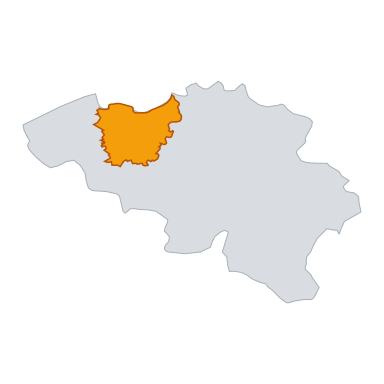 East Flanders on a map of Belgium (Equal Earth projection)
{"feature_id": "BEL-3478", "entity_name": "East Flanders", "entity_type": "Province", "adm_level": 1, "iso_a3": "BEL", "parent_name": "Belgium", "parent_adm1": "", "projection": "equal_earth", "projection_center": [3.869, 51.045], "detail": "fine", "context": "in_parent", "style": "filled", "palette": "amber", "viewbox_px": 384, "rotation_deg": 0, "n_neighbors": 0, "source": "natural_earth", "source_scale": "10m", "svg_char_len": 3729}
<svg xmlns="http://www.w3.org/2000/svg" viewBox="0 0 384 384"><path d="M172.1,92.8L178.9,95.6L185.0,96.2L187.6,95.0L185.9,88.3L190.8,84.7L196.3,83.1L198.7,86.0L203.7,88.9L207.7,88.9L218.3,81.3L220.8,82.8L223.1,85.5L223.6,87.7L224.0,90.0L226.4,91.0L234.8,90.5L239.0,86.3L242.4,83.7L244.9,85.5L246.1,90.6L248.5,97.3L258.6,104.7L267.0,106.9L277.4,105.4L281.5,104.1L284.3,105.2L287.2,109.1L293.2,113.6L305.8,116.9L309.7,118.7L312.4,121.7L311.7,126.1L305.8,136.9L305.1,140.1L305.9,141.2L304.7,143.2L297.0,150.5L296.3,153.1L299.0,157.3L301.2,160.7L305.9,162.4L310.3,163.0L318.7,163.2L327.6,163.4L328.7,165.5L338.8,171.4L341.9,176.1L349.1,180.6L343.3,186.3L344.2,188.9L346.4,191.5L354.5,193.0L358.6,196.8L359.0,202.6L361.0,212.0L344.4,221.4L339.8,231.8L339.4,233.9L338.8,233.6L336.9,230.1L333.9,230.2L326.9,228.7L317.4,238.2L313.1,246.1L310.6,251.9L306.8,256.6L306.1,261.5L306.6,263.6L305.3,266.3L305.2,269.1L310.9,274.7L312.3,277.7L319.2,287.6L317.2,291.2L315.5,295.1L313.6,297.9L311.3,299.6L304.3,299.5L295.4,300.8L289.4,302.7L286.3,302.7L279.8,297.8L272.5,290.4L267.9,286.9L265.8,283.8L260.2,282.5L252.1,278.9L246.5,274.9L241.7,272.5L234.9,271.3L229.3,271.4L227.6,264.7L226.9,257.1L222.3,252.1L228.4,232.2L224.7,230.3L220.7,231.9L214.9,236.6L212.1,242.2L210.5,247.2L200.6,252.0L185.1,253.7L168.0,252.0L165.6,250.7L164.5,249.2L164.5,247.5L165.7,244.8L168.7,241.6L169.4,236.9L166.3,232.9L164.4,231.3L165.1,227.4L167.4,222.6L167.8,219.8L156.3,211.4L148.0,209.8L139.9,209.5L133.7,208.5L130.2,208.9L127.6,211.4L125.0,213.1L123.0,211.0L119.5,196.2L116.7,193.9L106.3,191.5L92.2,190.6L88.4,187.9L86.3,181.2L85.1,173.2L80.4,165.5L78.1,163.6L73.9,160.2L66.5,161.6L57.6,166.0L52.3,167.3L50.3,167.8L43.3,163.4L35.4,156.6L29.1,149.5L27.6,145.5L29.6,140.6L27.3,136.9L24.0,130.2L23.0,124.9L61.3,106.2L84.5,96.7L95.5,93.8L98.1,103.4L100.0,106.4L102.6,108.4L106.1,108.8L110.0,106.4L115.6,103.9L124.5,105.1L130.9,107.4L133.2,109.8L137.5,112.1L143.7,112.6L155.8,108.3L167.4,101.6L170.8,97.0L172.1,92.8Z" fill="#d9dde1" stroke="#a8b0b8" stroke-width="1"/><path d="M99.7,108.5L101.7,109.3L104.5,109.5L108.6,109.0L108.9,108.0L108.7,106.6L108.8,105.3L109.8,104.5L111.1,104.2L112.5,104.2L116.0,103.6L118.1,103.5L120.4,103.7L131.1,106.6L132.7,107.4L133.2,108.9L133.0,110.1L133.2,111.3L134.5,112.5L135.6,112.9L145.9,112.8L147.9,112.3L151.9,109.8L162.7,105.5L167.0,102.7L170.5,99.0L171.0,97.9L171.6,95.3L171.7,94.9L173.4,96.1L174.1,97.2L174.7,99.3L176.1,100.6L177.7,101.7L178.8,102.8L179.1,103.5L179.3,104.2L179.0,105.0L178.4,105.8L178.1,106.0L177.6,107.1L179.4,111.8L178.7,112.2L180.8,114.6L181.3,116.0L181.5,116.8L181.1,119.3L180.0,121.0L176.5,121.9L173.0,121.9L171.2,122.2L169.7,123.1L168.6,124.1L168.3,124.6L168.4,125.0L168.5,126.0L168.8,127.1L169.3,128.3L169.5,129.6L169.1,130.7L168.9,130.8L170.0,131.5L170.9,131.9L172.7,130.7L173.4,131.4L171.4,136.8L169.4,137.5L166.5,136.7L165.2,138.9L166.4,142.0L166.4,143.5L164.4,144.6L160.3,143.2L161.1,145.4L158.8,146.8L160.1,147.7L160.0,148.9L155.9,153.6L158.1,154.0L158.9,155.6L157.7,158.7L155.0,160.5L153.5,161.0L152.3,160.1L150.8,161.6L148.5,160.2L147.4,160.7L146.3,162.6L148.1,164.7L148.0,165.3L145.2,165.8L143.1,165.3L142.2,163.3L137.2,164.2L136.1,163.3L132.5,163.6L131.1,160.1L127.3,161.4L126.3,159.9L123.8,161.0L120.2,166.6L117.8,165.2L112.0,165.2L111.4,161.7L107.9,162.5L104.7,161.4L110.2,158.1L110.4,157.3L108.4,155.1L109.5,154.0L104.1,150.2L106.2,148.5L105.5,146.4L104.1,146.0L102.1,147.0L101.4,145.4L102.5,144.5L101.8,143.2L103.9,143.5L104.5,143.0L103.2,141.9L105.0,141.9L100.7,140.2L103.5,139.2L102.0,137.6L104.3,134.9L101.7,131.3L103.6,130.2L93.7,124.5L97.5,122.6L100.7,117.8L98.6,114.9L96.2,114.3L98.4,113.1L96.9,110.2L99.8,108.7L99.7,108.5Z" fill="#f59e0b" stroke="#b45309" stroke-width="1.5"/></svg>